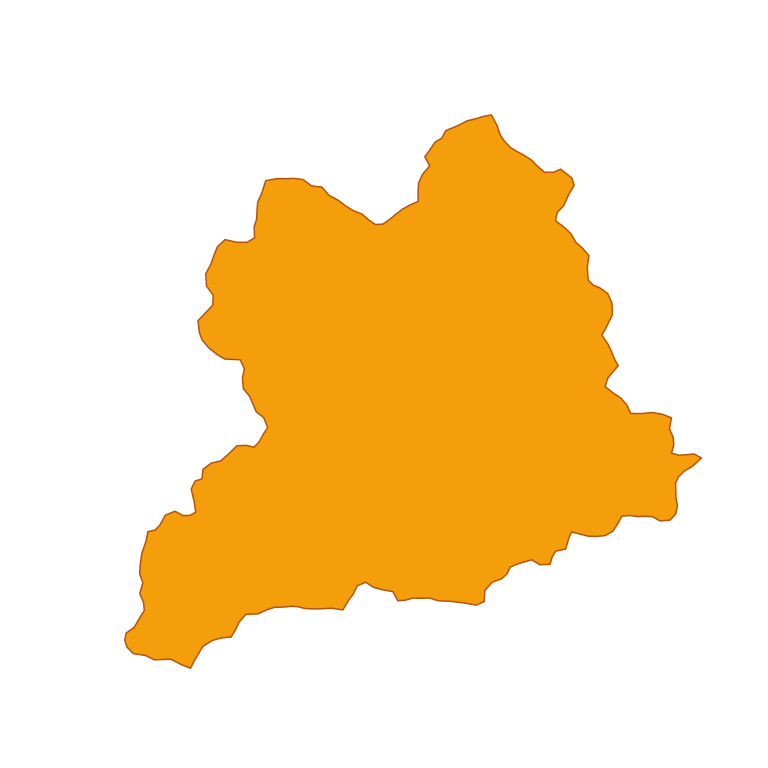 the district of Rio Piracicaba, Minas Gerais, Brazil, rotated 350°
{"feature_id": "56859067B90446172591220", "entity_name": "Rio Piracicaba", "entity_type": "district", "adm_level": 2, "iso_a3": "BRA", "parent_name": "Brazil", "parent_adm1": "Minas Gerais", "projection": "orthographic", "projection_center": [-43.151, -19.961], "detail": "fine", "context": "isolated", "style": "filled", "palette": "amber", "viewbox_px": 768, "rotation_deg": 350, "n_neighbors": 0, "source": "geoboundaries", "source_scale": "gbopen_adm2", "svg_char_len": 2998}
<svg xmlns="http://www.w3.org/2000/svg" viewBox="0 0 768 768"><g transform="rotate(350 384 384)"><path d="M683.7,512.0L677.4,506.8L669.3,506.1L662.3,505.4L655.1,502.0L658.8,494.4L659.5,486.5L657.3,477.9L661.2,467.3L652.8,462.1L643.2,458.7L631.5,457.7L621.8,455.8L619.6,447.0L615.0,439.2L608.0,432.5L601.3,424.9L605.6,416.7L612.2,411.4L617.8,406.6L615.3,399.4L613.3,389.9L611.2,382.9L607.0,373.8L613.0,366.4L621.0,355.4L622.5,343.6L620.0,333.8L613.0,326.6L607.4,323.2L603.1,317.1L604.5,304.1L608.1,293.2L603.6,285.6L597.5,277.7L594.2,268.4L587.2,259.3L581.2,253.0L584.5,245.1L591.9,239.6L599.2,228.9L605.7,221.4L604.8,214.0L600.0,208.3L595.1,203.1L588.1,204.9L578.9,203.4L572.8,196.0L567.9,188.8L561.3,182.8L555.2,178.0L549.8,173.3L545.0,166.3L541.7,159.1L540.1,148.6L536.5,137.7L529.1,137.7L520.3,138.7L511.8,139.2L500.9,142.5L488.8,145.2L483.5,152.0L476.4,154.5L470.5,160.7L463.7,167.3L466.9,177.1L458.4,184.2L453.1,191.8L451.1,199.6L449.3,210.1L439.8,212.5L432.4,215.1L424.5,219.2L416.8,223.6L410.5,226.3L403.3,225.5L397.3,219.6L391.7,212.7L384.2,208.2L377.6,202.4L371.2,195.5L362.5,188.5L357.1,179.4L347.0,176.3L339.8,168.6L330.7,165.8L323.2,164.8L314.8,163.2L302.8,163.2L297.2,174.1L291.1,183.2L289.0,191.4L287.3,199.3L283.4,206.8L281.9,217.6L273.8,220.7L263.3,218.8L252.6,214.2L243.8,219.9L239.3,227.1L234.3,236.0L227.6,244.4L226.2,256.7L231.2,266.9L229.1,276.6L219.9,283.4L211.8,289.4L211.1,301.0L212.5,308.9L217.4,317.5L224.7,326.1L231.6,331.8L246.7,335.2L249.1,344.8L245.6,353.6L244.7,364.2L249.5,372.8L251.7,382.0L253.4,389.2L259.7,396.3L261.9,406.6L256.3,412.6L251.0,419.3L245.0,423.7L237.8,420.5L228.4,419.3L220.7,424.6L210.1,431.3L199.9,432.0L191.0,436.6L188.2,445.9L181.2,446.7L175.9,453.9L176.6,467.7L176.3,477.5L170.2,479.7L163.1,478.6L156.1,473.0L145.9,475.2L138.9,483.9L133.3,488.1L125.9,488.4L122.3,497.5L116.0,509.0L112.8,518.8L110.4,528.2L112.0,538.0L107.1,547.8L109.3,557.5L108.6,565.4L102.6,572.1L95.6,580.4L86.8,584.5L84.3,591.0L85.0,598.1L90.2,605.9L102.2,610.0L109.7,615.7L116.7,616.7L126.2,618.0L136.4,625.7L144.2,630.3L149.2,623.5L154.4,617.5L160.2,610.8L170.6,606.7L180.2,605.8L189.4,606.7L194.9,600.5L199.8,593.5L208.0,586.8L219.9,588.5L229.9,585.9L237.6,584.9L246.8,586.3L254.5,586.8L260.9,588.5L267.2,591.4L274.7,593.1L283.4,594.5L293.4,595.7L304.3,599.3L311.4,591.1L317.3,585.4L322.7,578.0L331.5,576.1L338.9,582.8L347.7,586.7L356.8,590.1L359.9,599.8L367.8,600.6L375.5,599.8L382.9,601.4L391.8,602.7L399.8,606.9L411.9,609.6L423.8,613.2L436.5,617.8L445.0,615.6L447.4,605.0L456.2,597.9L465.7,596.4L472.2,592.3L476.4,586.3L482.8,584.7L490.5,583.7L499.0,582.8L506.0,589.0L516.2,590.4L519.3,584.0L524.0,578.4L534.2,578.1L539.1,568.2L543.1,562.3L551.2,566.0L558.9,569.4L566.7,571.0L575.5,571.7L583.9,568.7L589.5,562.7L595.2,555.5L603.4,556.2L610.7,558.6L618.1,559.6L625.1,561.2L632.3,566.9L642.0,567.7L648.9,562.4L651.9,554.5L651.7,547.0L652.8,539.9L653.9,532.3L657.7,526.7L664.7,521.9L673.8,518.4L683.7,512.0Z" fill="#f59e0b" stroke="#b45309" stroke-width="1.5"/></g></svg>